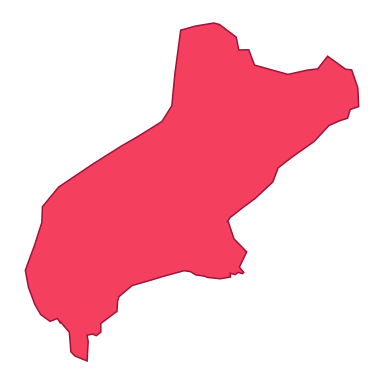 outline of Bokomu, Gbapolu, Liberia
{"feature_id": "62588387B58325877345443", "entity_name": "Bokomu", "entity_type": "district", "adm_level": 2, "iso_a3": "LBR", "parent_name": "Liberia", "parent_adm1": "Gbapolu", "projection": "robinson", "projection_center": [-10.158, 7.228], "detail": "fine", "context": "isolated", "style": "filled", "palette": "rose", "viewbox_px": 384, "rotation_deg": 0, "n_neighbors": 0, "source": "geoboundaries", "source_scale": "gbopen_adm2", "svg_char_len": 1390}
<svg xmlns="http://www.w3.org/2000/svg" viewBox="0 0 384 384"><path d="M180.7,30.1L174.9,73.5L171.8,105.8L162.6,120.4L161.9,121.5L142.2,133.8L138.5,136.1L120.9,146.3L105.7,155.9L103.2,157.5L92.9,164.0L71.3,178.5L58.7,187.0L42.4,206.7L42.0,217.6L41.8,222.7L40.4,226.9L35.1,243.5L34.8,244.5L25.3,270.3L28.5,287.4L31.6,295.7L34.6,304.0L40.7,314.6L50.1,321.4L57.4,318.5L60.1,322.7L60.5,321.9L69.3,332.3L70.9,351.9L75.1,356.1L87.1,361.0L88.2,341.4L87.0,335.3L92.4,334.0L96.2,335.7L100.8,332.2L100.8,323.5L116.2,311.9L116.5,311.7L116.9,311.7L117.7,300.5L118.8,297.5L118.8,296.8L119.1,296.5L132.0,285.6L158.7,277.8L160.0,277.3L184.1,270.7L190.6,271.7L195.8,274.9L204.6,276.2L207.4,277.4L208.3,277.5L218.5,278.6L220.1,278.8L230.5,277.0L230.3,274.0L230.2,273.3L235.2,274.6L238.3,272.4L242.5,273.7L243.7,272.4L239.4,267.1L246.3,252.7L246.7,251.9L235.4,240.3L234.0,238.9L228.2,221.5L227.6,221.5L229.9,217.7L242.0,208.2L253.6,199.6L255.2,198.4L272.8,182.0L278.2,167.8L286.2,161.6L292.9,156.5L296.4,154.0L310.9,143.8L314.0,141.6L323.6,131.3L329.0,125.5L339.6,120.8L347.6,118.2L350.2,109.5L358.7,106.5L358.1,93.0L357.8,87.7L356.7,84.6L351.7,69.9L345.6,69.2L342.0,66.6L327.6,56.2L317.7,68.9L307.8,70.0L287.9,74.4L270.9,69.7L263.2,67.5L254.6,65.1L251.9,58.2L248.8,49.8L238.8,49.9L237.4,43.1L236.2,37.1L219.5,24.5L213.8,23.0L195.8,26.0L180.7,30.1Z" fill="#f43f5e" stroke="#9f1239" stroke-width="1.5"/></svg>